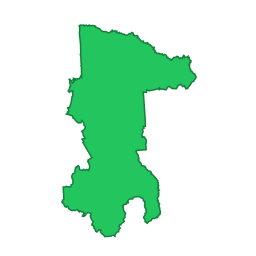 Cam My, Đồng Nai, Vietnam (Mercator projection), rotated 265°
{"feature_id": "81297802B33413589576034", "entity_name": "Cam My", "entity_type": "district", "adm_level": 2, "iso_a3": "VNM", "parent_name": "Vietnam", "parent_adm1": "Đồng Nai", "projection": "mercator", "projection_center": [107.218, 10.784], "detail": "fine", "context": "isolated", "style": "filled", "palette": "green", "viewbox_px": 256, "rotation_deg": 265, "n_neighbors": 0, "source": "geoboundaries", "source_scale": "gbopen_adm2", "svg_char_len": 5737}
<svg xmlns="http://www.w3.org/2000/svg" viewBox="0 0 256 256"><g transform="rotate(265 128 128)"><path d="M74.9,58.3L62.7,57.9L61.7,56.5L60.3,56.4L60.4,56.0L59.9,55.7L59.2,56.0L58.5,57.1L55.2,58.3L54.5,59.6L55.4,60.3L55.1,61.2L52.9,61.9L51.4,63.5L50.6,65.0L50.8,67.1L50.3,68.0L51.2,70.0L50.0,71.1L49.6,72.3L48.9,71.8L48.6,72.1L49.3,73.3L48.5,74.4L48.2,76.2L46.8,77.1L46.5,76.5L45.4,76.5L45.3,75.9L44.7,75.6L44.9,75.1L44.0,74.9L43.8,76.0L44.2,77.2L45.3,78.5L46.5,79.1L47.2,80.8L46.3,83.4L44.7,83.7L44.0,82.8L43.5,82.7L39.7,83.8L37.8,85.2L35.2,83.6L34.5,83.5L34.0,84.8L33.0,85.0L32.4,85.6L31.3,85.3L30.3,86.3L28.2,86.7L27.2,87.5L27.3,88.3L28.9,89.8L29.2,91.3L28.4,92.1L28.1,91.5L26.8,91.5L24.4,93.2L24.0,94.2L21.9,95.2L21.7,99.7L21.9,102.1L22.5,102.9L22.1,104.6L21.3,105.5L22.8,105.7L24.6,107.1L25.4,108.4L25.5,109.7L26.8,109.7L29.0,111.5L30.8,110.5L32.3,111.2L32.1,112.3L33.8,113.7L35.2,116.2L37.6,115.4L39.4,117.3L41.3,117.2L43.1,118.2L46.5,116.4L49.4,116.3L50.7,115.8L50.8,116.5L52.0,116.8L52.5,120.1L53.7,120.3L53.5,121.8L54.2,121.9L55.3,121.2L57.1,123.3L56.9,126.5L57.4,126.6L58.8,128.1L58.7,133.3L57.4,134.7L56.9,136.3L55.9,136.9L54.3,137.0L53.3,138.4L52.8,137.9L51.1,138.4L50.0,137.7L49.1,138.1L48.2,137.7L46.2,138.4L45.3,139.1L44.3,138.6L42.4,138.9L41.9,138.6L41.5,137.5L40.4,137.6L39.1,136.9L38.8,136.3L37.1,135.7L35.7,136.8L34.1,137.1L33.2,136.8L32.9,137.8L32.1,138.0L31.4,138.9L32.9,140.3L33.7,142.0L33.6,142.8L35.8,144.4L35.5,146.4L36.6,148.6L36.0,148.8L36.0,149.2L36.6,149.4L36.9,150.1L37.6,150.1L37.9,151.0L38.9,151.3L38.9,151.9L39.5,152.0L39.6,152.6L40.8,152.5L41.5,153.1L43.2,152.6L45.9,152.6L47.5,151.8L48.4,152.5L49.5,152.8L49.8,152.0L50.9,152.3L52.3,151.4L53.0,151.7L53.4,151.0L54.1,151.4L55.8,151.0L56.6,151.5L56.6,152.1L57.9,152.7L58.5,152.8L58.9,152.2L59.5,152.7L60.2,152.5L60.4,153.0L62.9,152.7L63.3,153.6L63.9,152.8L65.0,153.0L65.5,152.5L65.6,153.0L66.2,152.6L67.2,153.3L68.5,152.9L68.6,153.3L68.9,153.0L69.7,153.3L70.5,152.9L71.1,153.3L71.5,153.0L71.9,153.5L71.8,153.0L73.0,153.1L74.0,152.0L74.9,152.0L75.6,150.8L76.7,150.7L76.9,149.9L78.4,149.4L80.2,147.1L80.3,147.7L82.1,147.2L83.2,146.0L83.3,144.7L84.5,143.8L84.8,143.1L85.9,142.3L87.5,142.1L88.2,141.5L87.9,141.3L88.9,140.3L88.9,138.9L89.9,138.1L91.6,137.9L92.9,137.0L93.1,136.2L94.2,135.8L94.6,136.1L95.4,136.1L95.5,135.7L96.4,136.1L100.2,135.7L101.0,135.0L104.1,134.0L104.9,134.1L104.8,144.2L110.5,144.3L111.5,144.9L112.4,144.7L113.9,145.2L115.6,144.7L116.4,143.8L117.5,143.8L118.0,142.3L117.4,141.7L117.5,141.3L118.3,141.7L120.0,140.9L121.2,141.9L123.4,142.8L124.8,142.2L125.5,142.4L126.5,144.0L128.2,143.4L128.1,145.4L131.7,145.8L162.5,146.4L161.9,149.5L164.4,150.1L163.2,152.4L164.4,161.8L165.2,162.6L164.4,163.0L163.1,162.0L164.2,164.1L162.7,169.1L165.8,171.7L165.7,172.8L163.5,175.4L162.9,179.6L165.7,181.4L166.6,183.0L166.4,184.0L167.0,184.5L164.4,186.2L165.1,187.7L161.9,189.2L162.3,189.7L162.1,190.9L163.1,191.1L164.0,192.4L167.6,195.3L168.5,196.2L169.0,197.7L169.5,197.7L171.9,199.9L173.1,200.3L176.2,199.1L176.3,198.1L178.9,196.5L179.5,195.4L181.2,195.5L181.7,194.8L182.7,194.6L184.7,194.8L185.6,194.2L186.0,194.9L186.6,194.7L187.8,195.2L187.5,195.8L187.8,196.1L188.3,196.4L188.6,196.0L189.4,196.5L189.5,195.9L192.3,194.9L192.9,195.1L193.0,194.1L194.2,194.1L193.5,193.0L193.7,191.4L193.3,190.5L194.0,190.1L195.2,190.3L195.5,189.6L192.5,188.0L193.4,186.4L192.6,185.4L193.9,184.3L194.6,184.2L195.1,182.7L194.3,182.2L194.3,179.8L192.7,177.9L191.8,177.6L191.7,176.9L192.8,176.4L193.7,174.1L195.0,173.8L195.0,172.8L196.3,172.8L197.7,171.7L198.1,170.4L197.6,169.3L198.9,168.5L198.6,167.0L199.8,165.3L199.6,163.3L201.4,162.2L201.4,161.3L202.9,161.7L204.2,160.1L205.6,161.2L206.1,161.1L205.9,159.3L207.3,159.0L208.1,157.9L209.1,157.3L210.4,154.5L210.9,155.1L211.3,155.0L211.0,153.0L211.6,151.1L211.9,150.8L213.2,150.9L213.4,148.7L216.7,146.4L217.0,145.4L218.5,146.0L219.3,145.1L219.1,143.2L220.0,142.2L219.9,141.5L222.0,141.4L222.9,140.0L221.4,138.4L221.9,137.5L220.5,135.5L220.8,133.0L221.7,132.5L222.0,130.6L222.9,129.9L223.2,128.0L223.9,127.7L223.4,127.0L223.7,125.6L225.4,125.3L224.7,124.6L226.1,123.4L225.6,121.6L226.8,120.9L226.7,120.6L225.4,120.3L225.7,119.2L225.0,118.9L224.4,117.5L224.7,116.2L225.9,114.6L226.4,111.4L227.1,109.9L229.6,108.2L230.1,106.4L231.1,104.8L232.3,104.6L232.2,103.6L232.8,103.4L233.2,101.8L233.1,99.9L233.4,99.5L233.1,98.6L233.9,98.2L233.2,96.7L234.1,95.4L233.5,93.2L234.4,93.0L234.4,90.3L234.7,89.8L234.2,89.2L234.4,88.5L233.5,88.2L233.1,88.6L230.6,88.6L226.7,87.8L216.7,88.0L206.6,87.5L205.1,86.8L204.6,87.3L196.5,86.9L195.7,87.4L194.6,86.6L192.9,86.9L182.8,86.2L183.8,85.4L181.4,84.0L181.4,81.3L180.1,80.2L180.7,79.4L181.6,79.7L182.1,78.5L181.7,78.7L181.5,77.9L180.8,78.1L180.7,77.4L179.4,78.4L178.1,77.6L177.7,76.5L180.1,76.0L180.1,75.0L180.8,74.9L181.8,74.0L181.6,73.6L180.7,74.0L178.2,74.1L177.8,73.8L175.0,74.7L174.5,73.8L171.9,72.9L170.1,71.6L168.7,72.6L170.1,75.3L169.4,76.3L168.4,75.7L166.1,76.0L164.8,75.7L164.1,75.0L158.0,73.5L153.2,71.4L153.5,69.7L153.1,69.6L152.1,70.3L149.7,70.3L149.2,69.1L148.4,69.4L147.3,67.9L145.1,73.4L144.2,74.0L142.7,74.0L141.4,75.9L140.5,76.1L137.8,78.3L137.2,80.2L137.4,81.7L139.4,82.6L137.5,84.2L134.5,84.4L133.3,85.5L132.2,85.5L130.9,84.9L129.5,83.3L128.8,81.6L126.3,82.9L125.0,82.7L121.4,84.4L120.9,81.2L118.1,82.7L117.5,81.8L101.6,89.4L99.5,85.3L98.5,85.7L98.1,85.0L97.6,85.1L97.3,85.6L93.7,86.5L90.9,86.1L90.4,85.4L89.2,85.1L89.0,84.7L89.7,84.4L90.3,83.0L89.6,81.5L90.7,79.9L89.6,78.9L90.7,76.1L93.2,76.1L94.8,75.3L94.5,74.1L93.5,73.6L93.7,73.1L93.0,72.8L92.8,72.2L87.9,70.9L87.1,69.0L85.1,67.8L82.7,67.8L81.7,68.6L80.7,68.7L79.3,68.3L78.1,68.5L76.9,67.9L76.4,66.4L75.1,66.2L74.3,65.4L75.2,60.9L74.7,60.2L74.9,58.3Z" fill="#22c55e" stroke="#15803d" stroke-width="1.5"/></g></svg>